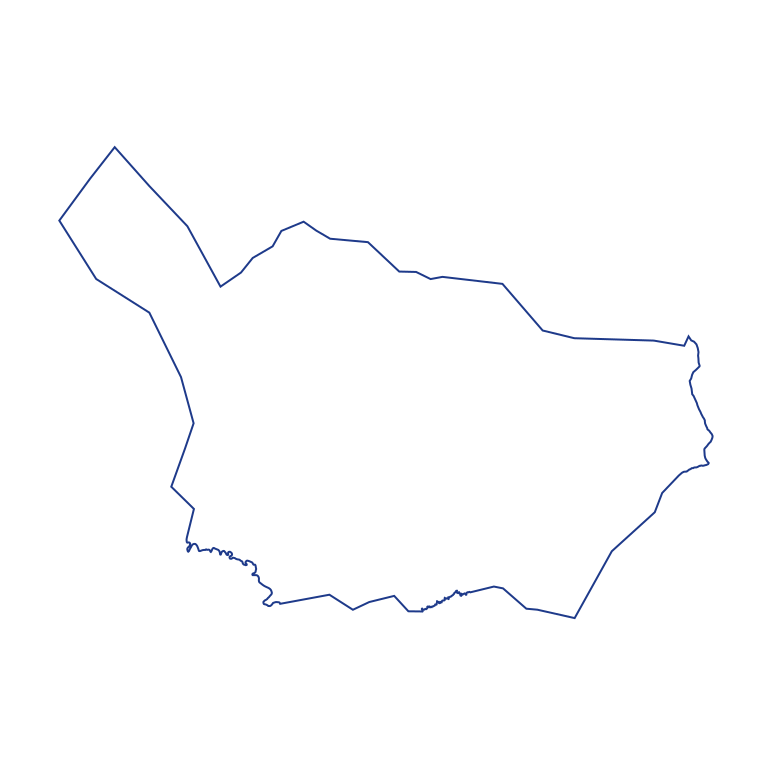 Baruunbu'ren, Selenge, Mongolia (Robinson projection), rotated 92°
{"feature_id": "93677404B37316028953404", "entity_name": "Baruunbu'ren", "entity_type": "district", "adm_level": 2, "iso_a3": "MNG", "parent_name": "Mongolia", "parent_adm1": "Selenge", "projection": "robinson", "projection_center": [105.041, 49.277], "detail": "fine", "context": "isolated", "style": "outline", "palette": "blue", "viewbox_px": 768, "rotation_deg": 92, "n_neighbors": 0, "source": "geoboundaries", "source_scale": "gbopen_adm2", "svg_char_len": 5927}
<svg xmlns="http://www.w3.org/2000/svg" viewBox="0 0 768 768"><g transform="rotate(92 384 384)"><path d="M451.5,56.8L450.1,58.2L447.8,59.8L446.6,60.4L444.4,61.0L438.5,61.6L437.5,61.4L436.7,60.8L435.7,59.9L434.5,58.9L432.8,57.8L431.3,56.5L430.3,55.5L428.4,54.7L426.4,54.0L425.1,53.8L424.2,53.9L422.6,54.7L420.9,56.2L420.4,56.6L420.0,56.8L418.8,58.0L418.5,58.6L417.9,59.2L416.7,59.5L415.1,60.4L412.3,61.7L409.8,62.1L409.1,62.1L408.3,62.6L407.6,62.9L405.7,64.3L404.5,64.9L403.2,65.7L400.8,66.8L398.2,68.3L394.4,70.0L392.1,70.7L385.1,74.2L383.5,75.6L377.8,76.5L374.0,77.8L370.3,78.6L367.8,77.2L364.1,76.4L361.4,75.3L358.9,72.6L355.4,69.3L354.7,69.2L351.7,70.3L347.2,70.7L344.7,71.1L341.2,70.8L337.1,71.7L333.5,73.1L330.9,75.6L329.7,78.5L325.8,81.3L335.3,85.3L331.2,115.9L331.6,195.4L325.0,227.3L279.8,269.1L274.9,329.3L277.5,341.1L270.9,355.8L271.1,372.7L242.8,405.0L240.7,442.9L233.1,457.0L224.6,470.0L234.6,491.9L250.3,500.1L262.6,519.6L277.6,530.8L292.4,550.8L233.2,586.0L194.3,625.5L156.7,661.4L188.9,684.8L232.0,714.2L289.1,675.3L320.9,621.0L384.2,587.1L429.9,572.9L455.4,580.6L494.1,593.0L515.5,569.6L544.0,575.6L546.1,575.9L547.5,575.8L548.7,575.6L549.3,575.2L549.4,574.7L549.1,573.5L549.4,572.8L550.1,572.2L551.5,572.3L552.5,572.7L553.4,573.2L553.9,573.9L554.7,574.5L555.5,574.8L556.4,574.8L558.1,574.2L558.4,573.8L557.8,573.1L555.6,572.2L553.4,571.0L552.2,570.5L551.2,569.8L550.5,568.5L550.4,567.6L550.5,566.9L551.2,566.0L552.5,565.0L555.3,563.8L556.8,563.3L557.3,563.0L557.4,562.6L557.4,562.1L556.4,559.6L556.1,558.1L556.1,557.0L556.0,556.6L555.7,556.4L555.5,556.0L555.7,555.5L555.9,555.0L555.7,553.8L555.7,553.2L555.9,552.6L556.7,552.1L557.7,551.5L557.9,551.2L557.4,550.8L554.8,549.7L554.1,549.2L553.8,548.6L553.9,548.0L554.4,547.1L555.6,543.8L556.2,543.2L557.0,542.6L558.1,542.2L560.0,541.8L560.2,541.6L560.2,541.3L559.7,541.0L557.8,540.5L557.0,539.8L556.6,539.1L556.4,538.3L556.6,537.8L558.6,536.1L559.7,535.6L560.2,535.1L560.4,534.4L560.2,533.9L559.8,533.8L558.6,533.9L558.0,533.9L557.5,533.6L557.2,533.2L557.1,532.7L557.1,532.0L557.5,531.3L558.1,530.5L558.8,530.1L559.5,529.9L560.4,530.1L561.0,530.6L561.5,531.7L561.9,532.1L562.3,532.3L562.8,532.3L563.4,532.1L563.9,531.7L564.0,531.0L563.9,530.2L563.0,529.2L562.9,528.8L563.0,528.0L563.2,527.0L563.8,526.1L564.3,524.7L564.6,522.5L564.9,521.9L565.5,521.3L566.3,519.6L567.0,519.2L568.4,518.8L569.3,517.9L569.5,517.1L569.9,515.8L569.7,515.1L569.5,514.9L569.2,514.9L568.7,515.1L567.9,515.9L567.5,516.1L567.0,516.2L566.6,516.0L566.1,515.7L565.5,515.1L565.3,514.6L565.5,513.4L565.9,512.1L566.3,511.2L566.7,510.1L567.1,509.4L567.7,509.0L568.9,508.3L569.1,508.1L569.1,507.0L569.1,506.6L569.4,506.3L569.8,506.1L570.5,505.9L571.7,505.7L573.3,505.3L573.9,505.4L574.4,505.6L575.6,505.7L576.6,506.0L577.5,507.0L577.8,508.0L578.2,508.6L578.5,508.8L578.9,508.9L579.3,508.8L579.6,508.5L579.5,505.0L579.7,504.1L580.3,503.3L581.3,502.6L582.5,502.2L585.0,502.2L586.0,501.9L586.6,501.5L587.9,499.7L589.0,498.2L590.1,496.4L591.0,494.4L591.9,492.2L592.8,490.8L593.6,490.0L594.9,489.3L596.5,488.8L597.5,488.9L598.3,489.3L599.5,490.4L601.1,491.6L601.9,492.5L603.0,493.3L603.7,494.2L604.5,495.6L605.8,496.8L606.6,496.9L607.4,496.7L608.0,496.4L608.3,495.6L608.4,494.7L608.8,493.6L609.3,492.6L609.9,491.9L609.9,490.3L609.6,489.6L608.8,488.7L607.6,487.8L606.7,487.2L606.4,486.5L605.9,485.1L605.7,484.4L605.7,483.6L605.8,481.8L606.0,480.9L606.5,480.5L607.3,480.1L596.5,431.2L610.7,407.2L602.4,391.1L595.4,366.4L610.3,351.7L610.0,338.4L610.1,337.8L609.9,337.5L609.5,337.4L609.3,337.4L609.0,337.5L607.8,338.3L607.4,338.3L607.2,338.1L607.9,337.4L608.0,336.9L608.1,336.3L608.1,335.9L608.0,335.6L607.8,335.4L607.4,335.1L607.3,334.9L607.3,334.7L607.5,334.0L607.4,333.9L607.3,333.6L606.3,332.8L606.1,332.8L605.9,332.8L605.7,332.9L605.4,333.0L605.1,332.9L604.9,332.7L604.9,332.4L605.4,331.8L605.4,331.6L604.8,331.1L605.6,330.2L605.5,329.8L605.0,329.4L605.0,329.2L605.3,328.5L604.8,328.2L604.6,327.8L604.6,327.2L604.0,326.3L603.8,325.8L603.6,325.5L603.0,325.3L602.6,325.1L602.7,324.0L602.6,323.8L602.4,323.7L602.0,323.7L601.2,323.7L600.3,323.3L599.7,323.4L599.3,323.4L599.3,323.2L599.9,322.5L599.9,322.3L599.9,322.1L599.9,321.8L600.0,321.7L600.9,321.5L601.1,321.1L601.1,320.7L601.0,320.4L600.7,320.2L599.8,320.0L599.8,319.9L600.3,319.2L600.2,318.8L599.0,318.5L598.5,318.2L598.4,318.0L598.3,317.2L598.2,316.4L598.1,316.1L597.8,315.8L597.4,315.8L596.4,315.9L595.8,315.9L595.6,315.8L595.7,315.6L596.3,314.9L596.4,314.6L596.4,314.4L596.0,313.8L595.9,313.5L595.9,313.2L596.6,312.3L596.7,312.1L596.6,311.9L596.3,311.8L596.0,311.8L595.4,312.2L595.2,312.2L594.9,312.2L594.7,311.0L594.3,310.5L594.2,309.8L593.4,309.1L593.3,308.7L593.0,308.5L592.5,307.7L591.8,307.3L591.6,306.9L590.8,306.5L590.4,306.4L589.9,305.9L589.7,305.5L589.4,305.2L588.6,304.8L588.2,304.6L588.1,304.3L588.1,303.9L588.3,303.9L588.8,304.2L589.5,304.2L589.8,304.1L590.0,303.7L590.3,303.0L590.4,302.7L590.1,302.4L589.6,302.2L589.5,301.8L590.3,301.5L590.5,301.3L590.7,301.0L590.7,300.6L591.9,300.5L592.4,300.3L592.8,300.1L592.9,299.8L593.0,299.5L592.8,299.3L592.5,299.2L592.2,299.2L591.7,299.7L591.5,299.8L591.3,299.9L591.1,299.8L590.9,299.7L590.9,299.3L591.1,299.0L591.8,298.4L591.8,298.1L591.2,297.7L590.9,296.8L590.5,296.3L590.6,295.9L590.8,295.6L591.6,294.9L591.8,294.7L591.7,294.4L591.1,294.3L589.9,294.2L589.6,293.9L589.2,293.1L589.3,292.6L589.2,292.3L588.9,291.8L588.8,291.5L588.8,291.2L589.2,290.5L582.6,267.1L584.1,257.9L603.6,233.9L604.2,222.9L611.3,185.3L543.2,150.5L502.7,108.9L483.2,102.2L465.3,86.3L462.3,83.1L461.5,81.7L461.4,81.6L461.2,81.0L461.0,78.9L460.9,78.4L460.5,77.9L460.3,77.8L459.8,77.0L458.9,76.0L458.7,75.6L458.5,75.1L458.4,74.7L457.7,73.9L457.4,73.5L457.3,72.9L457.3,72.1L456.8,71.4L456.6,70.9L456.4,68.7L455.9,67.6L455.5,66.9L455.1,66.3L454.7,65.5L454.7,64.8L454.4,64.3L454.4,63.5L454.6,62.8L454.5,61.9L453.9,60.0L453.7,59.1L452.8,57.3L452.0,56.8L451.5,56.8Z" fill="none" stroke="#1e3a8a" stroke-width="2"/></g></svg>